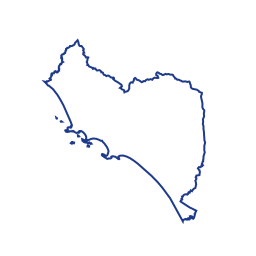 outline of Mueang Prachuap Khiri Khan, Prachuap Khiri Khan, Thailand, rotated 112°
{"feature_id": "78962969B124127950109", "entity_name": "Mueang Prachuap Khiri Khan", "entity_type": "district", "adm_level": 2, "iso_a3": "THA", "parent_name": "Thailand", "parent_adm1": "Prachuap Khiri Khan", "projection": "natural_earth1", "projection_center": [99.773, 11.859], "detail": "fine", "context": "isolated", "style": "outline", "palette": "blue", "viewbox_px": 256, "rotation_deg": 112, "n_neighbors": 0, "source": "geoboundaries", "source_scale": "gbopen_adm2", "svg_char_len": 5825}
<svg xmlns="http://www.w3.org/2000/svg" viewBox="0 0 256 256"><g transform="rotate(112 128 128)"><path d="M67.7,72.7L67.8,75.6L67.1,76.3L66.7,78.7L67.5,82.8L67.4,83.5L66.8,84.9L64.7,85.9L64.1,86.7L63.0,87.4L62.0,88.5L62.4,89.4L63.0,90.0L63.3,92.3L64.6,94.9L64.3,96.2L64.4,97.3L64.2,99.1L64.8,100.4L64.2,101.8L64.5,102.8L63.9,103.2L62.7,105.5L62.1,106.0L62.0,107.2L62.7,108.8L62.7,110.5L63.8,112.4L63.8,113.5L65.5,115.0L65.9,115.7L65.9,116.4L65.5,117.3L65.8,119.3L65.3,120.1L65.4,121.7L66.8,122.2L68.3,121.7L68.6,120.1L70.1,118.7L70.5,119.0L71.5,122.4L72.9,123.3L74.2,123.6L74.2,125.3L75.6,127.0L75.5,128.1L77.0,129.4L78.1,129.6L78.8,131.3L79.9,131.8L80.4,132.5L79.7,135.4L79.9,138.2L79.2,139.1L78.9,140.2L80.1,140.8L81.8,140.5L82.5,139.9L82.3,140.4L83.7,140.8L84.2,140.7L84.4,142.2L86.0,143.0L88.0,142.8L91.0,141.6L93.3,141.8L94.3,142.5L95.7,144.4L96.2,144.7L94.4,146.0L94.4,148.5L93.8,149.3L93.7,149.3L93.8,150.4L91.6,149.3L90.4,150.2L89.3,155.1L89.1,157.2L88.3,159.8L88.2,160.0L87.1,159.6L86.8,159.9L86.7,160.6L87.2,161.3L87.5,162.7L86.7,165.6L86.9,166.3L88.0,167.5L87.5,168.8L87.7,170.3L87.2,171.0L86.1,172.0L86.0,172.5L86.4,173.6L85.6,174.1L85.0,176.0L86.3,178.3L85.6,180.1L85.0,180.5L85.1,181.0L86.1,182.4L85.6,182.5L85.3,182.9L85.7,183.8L85.5,184.7L85.5,187.1L84.8,188.1L84.8,189.3L84.1,189.1L83.8,189.6L82.7,190.4L82.3,191.0L80.7,190.9L80.2,191.2L78.8,191.4L77.5,191.2L77.4,191.6L78.3,193.5L77.2,194.7L76.5,197.1L75.2,197.5L74.6,196.8L73.7,197.8L73.1,198.0L72.6,198.8L71.6,198.5L71.2,198.7L69.4,201.8L70.0,203.2L69.9,203.9L68.6,205.2L66.8,206.3L65.5,207.6L69.0,209.0L69.8,208.8L70.2,209.0L71.1,209.1L71.6,209.7L72.5,210.1L73.2,211.1L73.8,212.5L74.6,212.4L76.1,213.5L76.4,214.4L77.2,214.4L77.9,215.1L79.0,214.5L79.8,214.9L80.6,214.5L81.4,214.7L82.0,214.4L82.6,215.2L83.4,215.2L83.6,215.6L84.3,216.0L84.5,216.6L85.2,216.9L86.1,216.9L86.1,216.6L87.1,215.8L87.9,216.3L88.2,216.2L88.5,215.7L88.4,215.0L88.9,214.7L89.3,214.9L89.8,214.5L90.6,214.4L91.1,213.0L91.6,213.5L92.7,214.0L93.3,213.7L94.1,214.0L94.3,214.4L94.2,214.8L94.5,215.0L95.7,214.8L96.5,215.2L97.2,215.1L98.3,214.6L98.4,214.2L99.2,214.3L99.6,213.7L100.5,213.8L100.8,213.4L101.6,214.0L101.9,214.4L102.5,214.5L102.8,214.2L103.1,214.5L103.2,215.2L102.5,216.0L102.5,216.5L103.2,216.4L103.4,217.3L105.1,217.2L105.7,218.9L106.2,219.3L107.0,219.1L107.1,218.7L107.6,218.9L107.7,218.3L110.2,218.6L111.2,219.0L111.1,218.4L112.0,218.2L112.1,217.6L112.4,217.6L112.5,218.0L114.6,219.6L115.0,220.7L115.9,220.6L116.3,222.8L117.5,220.0L118.6,218.1L118.4,217.3L120.1,212.0L123.8,205.7L127.5,200.8L131.1,196.4L143.4,183.8L145.9,181.5L146.8,180.9L147.2,180.9L147.4,181.6L147.9,181.8L148.8,180.9L149.2,181.2L149.2,182.0L149.8,183.8L150.5,184.1L152.4,183.0L153.2,183.6L152.7,185.1L153.0,184.7L153.5,185.1L153.7,184.8L154.0,185.0L154.6,184.4L154.5,182.9L153.3,181.0L152.9,181.0L152.1,178.6L151.8,178.6L151.9,178.1L151.2,177.6L151.2,177.2L151.7,176.9L151.9,173.7L151.2,173.2L150.9,171.8L150.4,171.7L150.0,172.0L149.7,171.5L149.2,172.0L148.9,171.8L148.5,170.8L148.4,169.7L148.7,168.4L149.3,166.7L150.4,164.9L151.5,163.7L153.2,162.8L155.6,162.9L155.8,163.8L155.5,165.1L155.5,166.3L156.9,165.5L157.5,163.7L157.5,162.5L157.2,161.2L156.7,160.7L156.3,160.8L155.6,161.9L154.6,161.5L153.6,159.7L152.1,158.3L150.9,156.6L150.4,155.1L149.9,153.2L149.8,150.7L150.0,148.5L149.5,147.2L150.1,146.7L151.2,144.1L153.7,140.2L155.9,138.0L157.3,137.2L160.3,137.0L161.2,137.1L161.9,137.6L162.4,138.2L161.6,139.8L161.7,142.1L162.0,142.3L162.8,142.2L163.4,141.2L163.5,140.0L164.0,138.7L163.9,137.8L164.4,136.0L164.2,135.2L163.6,134.7L162.7,132.7L161.7,132.1L160.9,132.7L160.2,132.1L159.8,131.3L159.4,128.8L160.4,125.3L160.3,124.7L160.0,124.5L159.2,125.1L159.0,126.3L157.9,126.1L157.0,125.4L156.3,124.4L155.3,121.9L155.0,118.6L155.2,115.0L156.1,110.4L157.3,105.9L163.5,88.4L167.2,80.0L170.6,73.6L177.3,62.7L194.0,42.2L192.5,42.5L192.0,41.6L191.3,41.2L190.7,40.4L191.1,39.7L190.8,38.9L190.3,39.0L190.1,38.6L189.3,38.5L189.4,37.5L190.1,37.5L189.9,36.9L188.9,36.5L188.4,37.4L187.2,36.8L186.6,37.5L186.4,37.3L186.3,36.9L186.5,36.1L186.0,35.8L186.1,35.3L186.6,35.1L187.0,35.6L187.3,35.3L187.8,34.4L187.6,33.4L186.8,33.2L184.8,33.3L183.6,33.5L182.9,34.0L182.5,33.6L181.0,34.0L180.3,33.7L179.1,33.7L178.5,41.5L176.5,51.8L175.1,51.7L174.1,51.0L173.5,51.9L172.9,51.6L171.5,51.6L171.2,52.1L170.7,51.5L169.5,51.3L168.8,50.9L167.9,49.8L167.4,48.7L167.6,48.2L166.7,47.6L165.9,47.6L165.3,47.9L164.9,47.8L164.5,47.3L164.7,46.6L162.4,46.5L162.6,45.0L161.4,44.9L159.8,44.3L158.4,43.1L154.7,43.7L153.2,44.7L152.9,44.7L151.7,45.8L149.6,45.5L148.9,45.8L148.5,46.7L147.9,46.6L147.7,46.8L146.4,46.7L145.2,44.5L144.7,44.1L144.2,44.4L142.4,44.7L141.8,45.1L141.2,45.2L140.4,45.9L140.4,46.3L139.2,48.1L137.7,47.6L137.2,46.1L136.2,45.7L135.7,45.1L135.3,45.6L134.4,44.8L134.0,46.0L133.7,46.1L132.8,45.9L131.3,46.2L130.8,45.8L129.9,46.1L129.6,46.4L128.7,46.4L125.8,47.4L121.9,47.7L119.7,49.1L115.8,50.6L112.7,51.0L110.6,52.6L102.1,56.7L101.0,57.5L97.8,58.8L96.4,60.1L94.4,60.5L91.8,61.8L88.7,61.8L86.2,63.1L83.7,63.6L82.9,64.1L82.0,65.8L80.9,66.8L77.1,68.3L71.9,71.9L71.0,72.2L68.7,72.3L67.7,72.7ZM162.6,173.3L162.4,172.4L161.7,172.5L161.9,173.3L161.7,174.2L161.9,174.7L162.3,175.0L163.1,175.2L163.3,175.0L163.6,175.2L163.7,174.9L163.8,175.0L163.5,174.0L162.6,173.3ZM160.0,157.2L159.2,157.2L158.9,157.8L158.9,158.4L159.1,158.8L159.6,158.9L160.3,158.6L159.9,157.7L160.0,157.2ZM154.5,171.3L154.6,170.9L154.1,170.2L153.6,171.1L153.6,171.7L154.5,171.3ZM156.2,157.2L156.7,156.6L156.3,156.0L155.9,156.4L156.2,157.2ZM145.9,198.0L146.0,197.7L145.8,196.7L145.3,198.4L145.9,198.0ZM156.8,160.2L157.0,160.0L157.1,159.5L156.5,159.0L156.4,159.5L156.8,160.2ZM156.1,159.0L156.5,158.5L156.2,157.5L156.0,158.3L155.8,158.5L156.1,159.0ZM147.3,192.5L146.9,191.7L146.7,192.5L147.0,192.8L147.3,192.5Z" fill="none" stroke="#1e3a8a" stroke-width="2"/></g></svg>